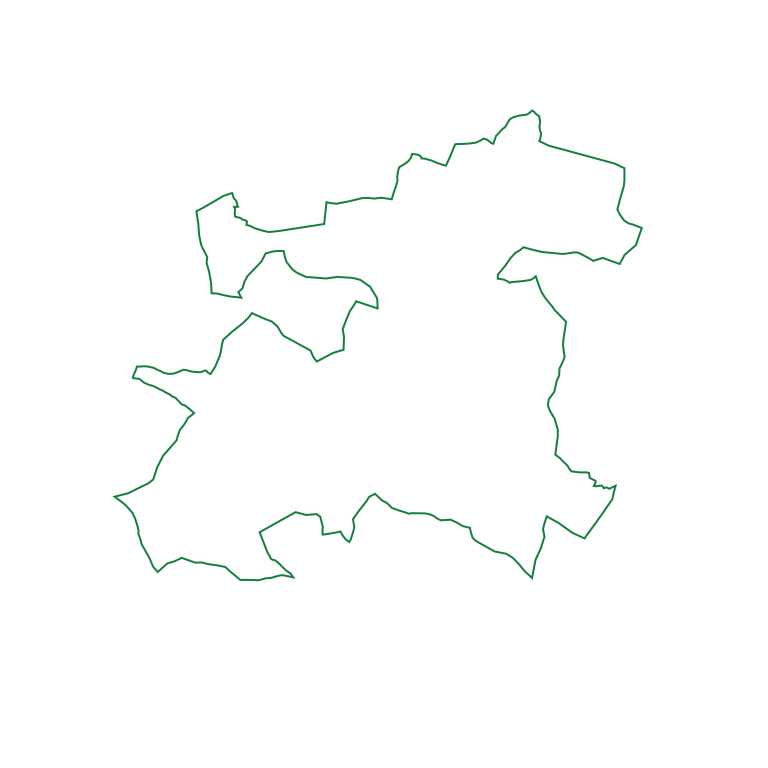 the district of Nwangele, Imo, Nigeria, rotated 345°
{"feature_id": "59680162B11133908611483", "entity_name": "Nwangele", "entity_type": "district", "adm_level": 2, "iso_a3": "NGA", "parent_name": "Nigeria", "parent_adm1": "Imo", "projection": "albers", "projection_center": [7.127, 5.702], "detail": "fine", "context": "isolated", "style": "outline", "palette": "green", "viewbox_px": 768, "rotation_deg": 345, "n_neighbors": 0, "source": "geoboundaries", "source_scale": "gbopen_adm2", "svg_char_len": 5144}
<svg xmlns="http://www.w3.org/2000/svg" viewBox="0 0 768 768"><g transform="rotate(345 384 384)"><path d="M149.8,303.3L149.1,304.5L147.7,306.6L145.9,308.8L144.1,311.0L143.0,313.2L145.5,314.4L149.2,315.8L150.6,318.0L151.9,319.6L152.9,321.0L154.7,322.3L156.9,324.1L160.0,325.8L162.7,328.0L165.4,330.7L169.0,333.5L170.9,335.7L174.3,338.5L176.1,341.1L179.0,343.4L183.5,351.6L185.9,352.9L189.4,357.4L193.0,363.0L185.8,366.1L181.2,370.8L174.8,375.7L171.6,380.3L169.0,384.8L152.3,395.9L143.4,405.7L136.4,416.5L130.6,419.0L118.0,421.4L108.8,423.3L100.7,423.2L94.6,423.2L99.4,429.1L103.4,434.7L107.6,443.3L108.8,449.7L109.1,457.9L108.9,462.2L107.9,465.8L108.5,470.0L108.4,475.8L112.3,491.0L113.7,500.7L116.8,507.0L128.4,501.2L135.8,501.0L143.6,499.6L155.4,507.7L161.7,509.2L167.7,512.5L178.4,517.1L183.4,519.8L186.1,524.1L194.5,536.1L205.7,539.1L212.1,541.1L219.3,541.1L224.9,542.1L230.4,541.9L235.6,542.1L238.9,543.5L246.3,547.3L244.7,542.8L241.4,539.1L239.0,535.2L236.1,530.1L233.2,526.1L231.1,525.1L229.4,523.4L229.2,520.9L227.9,517.0L225.5,495.0L265.4,484.9L274.8,490.3L285.4,492.3L288.1,495.9L287.9,506.4L286.5,510.1L285.8,513.6L290.2,514.2L297.1,514.9L303.8,515.3L304.8,519.4L306.6,523.9L309.5,527.6L311.5,525.8L315.5,519.5L318.2,514.9L319.1,506.5L328.6,498.7L336.3,493.1L340.5,489.1L347.0,487.8L351.9,495.9L356.1,499.8L359.7,505.9L365.7,510.0L370.7,513.1L374.3,515.7L377.1,515.9L387.0,518.7L390.1,519.6L394.3,521.6L397.7,524.2L400.4,527.5L403.7,530.4L413.2,532.3L417.7,536.0L423.5,541.8L429.7,545.1L429.5,550.5L429.8,555.3L431.5,558.6L436.2,563.4L447.5,574.4L458.3,579.7L463.5,585.4L467.4,592.3L471.4,601.1L476.8,609.7L484.9,593.0L492.9,583.4L499.5,573.0L500.0,565.4L502.4,561.0L506.9,554.0L516.2,562.9L527.6,576.6L537.7,585.0L559.3,567.5L574.6,554.5L578.9,546.5L581.3,542.3L574.4,543.5L572.9,541.9L570.8,541.3L569.2,541.5L568.7,539.4L567.6,538.3L564.7,537.9L562.3,537.6L560.4,536.8L562.1,534.9L563.3,533.1L563.3,532.4L562.5,531.5L561.1,530.4L558.4,527.8L558.7,525.2L559.0,523.0L557.0,521.9L549.5,519.8L542.4,516.9L541.4,514.8L540.0,510.1L537.5,506.0L536.3,504.1L535.1,501.6L531.2,496.6L538.4,479.3L540.1,472.7L539.8,461.8L537.4,453.1L536.7,447.2L539.3,441.3L546.4,435.7L551.5,425.9L555.4,421.1L557.5,414.5L561.1,410.4L565.4,404.9L566.9,393.0L568.8,387.5L576.0,371.1L567.7,356.2L567.0,353.6L564.5,348.3L561.8,342.1L560.1,336.6L559.2,330.1L558.5,319.2L555.3,320.7L552.5,321.4L544.5,320.5L537.7,319.3L533.6,318.6L531.7,318.8L530.2,317.1L526.6,314.1L522.8,312.4L521.1,311.7L522.4,307.7L531.5,301.3L539.2,294.9L545.1,291.2L549.9,290.0L554.1,288.0L561.6,292.4L570.9,297.4L581.8,301.5L589.7,304.5L594.2,305.3L601.9,306.1L604.5,306.9L606.8,308.4L614.7,315.7L618.0,319.2L627.9,318.8L642.7,329.1L649.9,321.5L663.3,315.0L673.4,300.0L665.7,294.4L661.8,292.2L658.3,288.3L655.7,281.6L654.6,275.8L660.0,266.3L666.6,255.4L668.8,250.0L672.1,237.8L663.6,230.6L604.9,196.5L596.9,189.6L598.3,187.8L599.9,184.1L600.8,182.4L600.2,180.4L600.8,175.7L602.5,171.6L603.3,165.5L601.8,164.0L599.8,161.1L599.2,159.3L597.9,158.3L594.8,159.7L592.0,160.7L589.5,160.5L583.8,159.7L578.1,159.8L574.3,160.7L571.1,163.6L567.9,166.9L564.0,168.6L561.1,170.5L556.2,173.6L554.1,176.8L551.7,180.2L550.0,179.1L548.0,176.3L546.6,174.4L543.6,172.7L540.2,173.9L535.2,174.6L528.6,173.8L522.6,172.6L517.8,171.4L514.8,170.9L507.2,180.8L500.3,189.2L493.6,185.0L487.5,180.3L481.4,176.7L478.6,175.8L478.3,173.4L476.4,171.5L473.2,170.0L470.6,169.1L468.6,172.4L465.8,174.7L462.0,176.5L457.1,177.9L454.9,178.4L453.0,181.3L450.4,187.4L449.6,191.2L446.2,196.9L442.5,202.2L439.3,207.6L429.7,203.4L422.6,202.4L417.2,200.2L410.9,198.8L397.9,198.5L385.0,197.6L379.1,195.4L375.5,193.5L367.6,214.0L324.7,209.3L318.7,208.5L312.0,207.4L306.2,204.3L299.2,199.9L295.6,196.6L292.3,194.8L293.2,192.8L293.6,191.2L291.4,189.3L289.7,188.5L289.0,187.2L287.0,185.7L283.6,183.9L283.8,181.0L284.6,178.7L285.5,176.4L285.1,174.1L287.2,174.7L288.8,175.0L288.6,174.2L288.7,172.3L288.8,169.9L288.7,169.0L287.9,167.3L287.1,165.8L286.7,160.2L276.8,160.8L274.7,161.6L264.3,164.4L255.6,166.8L247.5,168.6L246.1,181.2L243.9,192.9L243.4,202.9L246.1,215.7L244.0,221.0L244.1,230.1L243.1,241.7L241.0,251.7L246.6,253.6L251.0,256.1L257.9,259.6L264.8,262.2L268.5,263.7L267.1,257.6L272.1,254.9L276.0,248.6L280.0,244.5L297.4,233.9L303.5,227.2L310.2,227.2L314.4,227.7L321.5,229.5L321.1,235.7L321.4,240.6L325.1,249.6L328.4,253.7L336.6,260.6L341.6,262.2L355.4,267.1L358.8,267.5L366.6,268.5L374.0,271.0L378.7,272.5L383.8,274.8L388.3,277.5L395.7,286.4L397.7,293.2L399.4,298.7L399.3,300.8L398.5,304.7L397.4,309.3L378.5,296.9L375.7,299.8L369.9,304.8L363.4,313.2L358.2,320.5L357.6,327.9L353.8,340.5L342.7,340.8L325.0,344.9L323.0,340.7L321.6,332.6L307.3,318.9L299.3,311.4L297.8,307.5L296.1,301.1L291.9,294.7L285.4,290.0L274.8,281.4L270.0,285.0L262.6,289.1L250.7,294.2L240.1,299.7L237.9,303.5L234.5,311.0L232.4,314.7L225.4,323.6L219.0,329.5L216.9,327.5L216.0,325.3L214.3,324.6L210.5,325.2L207.6,324.5L201.4,322.2L196.6,319.4L194.0,318.3L187.7,319.2L183.2,319.5L179.0,318.6L176.3,317.4L173.7,315.9L172.0,314.1L168.4,311.3L166.0,309.0L162.4,307.0L160.2,305.9L157.0,304.8L154.3,304.3L149.8,303.3Z" fill="none" stroke="#15803d" stroke-width="2"/></g></svg>